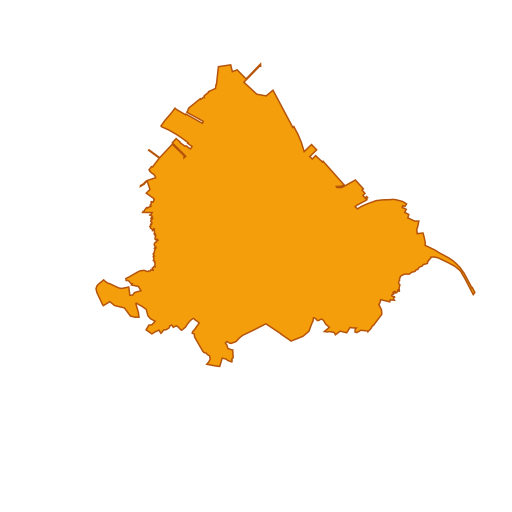 Sigulda, Siguldas, Latvia, rotated 230°
{"feature_id": "27541924B33898392287232", "entity_name": "Sigulda", "entity_type": "district", "adm_level": 2, "iso_a3": "LVA", "parent_name": "Latvia", "parent_adm1": "Siguldas", "projection": "mercator", "projection_center": [24.841, 57.161], "detail": "fine", "context": "isolated", "style": "filled", "palette": "amber", "viewbox_px": 512, "rotation_deg": 230, "n_neighbors": 0, "source": "geoboundaries", "source_scale": "gbopen_adm2", "svg_char_len": 6154}
<svg xmlns="http://www.w3.org/2000/svg" viewBox="0 0 512 512"><g transform="rotate(230 256 256)"><path d="M87.4,400.2L92.7,401.4L92.7,400.9L108.8,404.3L116.0,404.9L121.2,404.5L125.8,403.8L130.5,402.5L140.5,398.5L145.5,396.9L155.5,392.4L157.2,394.1L162.7,397.1L166.3,398.7L169.5,393.8L170.2,394.5L172.8,395.9L174.5,398.7L178.1,403.2L180.6,400.1L187.6,396.8L189.6,399.7L193.8,398.0L195.2,401.1L199.1,399.2L200.3,400.7L198.2,401.9L199.1,404.8L203.4,403.4L208.6,399.8L211.2,397.5L212.7,395.3L217.8,388.8L221.2,383.6L224.4,374.9L226.2,368.7L226.9,364.0L230.1,363.7L230.0,366.1L227.9,376.0L228.0,376.0L227.9,377.2L229.0,377.1L228.9,379.0L230.5,378.9L230.4,376.9L233.7,376.7L233.9,379.7L238.3,379.6L238.4,381.4L250.3,381.0L253.1,366.7L253.4,365.8L255.6,362.9L256.6,362.1L257.6,362.2L256.0,364.2L254.6,366.3L253.9,369.2L285.5,368.3L285.3,367.3L294.6,366.2L294.1,361.5L297.6,361.1L298.3,370.7L305.7,370.2L305.0,360.0L314.0,363.8L322.1,366.3L330.8,368.2L330.7,366.8L372.1,375.6L372.1,366.7L379.4,360.6L396.9,358.4L399.1,380.5L398.3,381.5L400.2,382.9L398.0,362.2L410.7,361.2L412.4,356.4L418.7,359.5L425.2,348.9L412.5,335.6L412.8,335.3L410.4,332.7L412.4,325.4L412.0,325.3L411.9,324.8L412.0,319.3L411.2,318.7L411.3,318.7L411.4,314.5L412.3,314.5L412.6,300.1L412.3,298.9L412.1,298.6L411.9,298.7L410.6,295.4L393.0,302.2L392.1,300.2L409.8,293.5L409.5,292.8L410.1,292.6L419.5,289.2L421.3,289.0L419.9,282.8L418.5,273.9L416.7,266.8L415.6,266.8L408.8,270.1L400.6,273.1L394.2,275.0L387.7,276.5L386.3,276.7L386.2,276.1L381.0,277.4L380.1,274.5L385.2,273.3L385.7,272.2L391.7,270.7L392.1,271.1L397.3,270.3L396.5,264.6L379.6,266.2L377.5,266.2L377.5,263.9L378.8,265.2L379.9,265.3L395.4,263.7L393.2,245.4L406.1,242.3L406.0,241.7L393.2,244.8L390.7,234.0L391.6,233.4L390.8,229.4L389.5,229.6L389.1,229.1L388.8,229.1L385.5,229.7L385.0,230.1L383.5,230.2L381.6,229.9L380.5,229.4L383.8,221.1L384.0,219.2L383.6,216.2L384.2,212.8L383.6,212.1L382.9,216.4L383.3,218.6L383.3,220.8L375.1,217.5L374.7,212.3L365.5,214.7L365.0,214.1L364.7,214.2L363.4,212.1L364.3,211.3L364.2,211.0L364.8,210.9L364.9,210.4L363.3,209.3L363.1,207.8L361.5,207.6L361.7,206.9L362.3,206.2L362.2,205.1L362.5,203.8L363.0,203.9L363.5,203.3L363.1,202.1L363.0,200.9L362.5,199.9L362.4,198.6L362.7,198.2L362.4,197.9L362.2,197.2L356.0,204.4L355.4,202.7L355.7,201.6L355.6,201.0L354.6,201.8L353.0,202.0L352.7,201.5L352.9,200.9L352.5,200.4L352.5,199.8L352.2,199.5L351.3,200.9L350.8,199.8L350.8,198.7L350.1,197.5L348.8,197.9L347.6,196.8L347.5,196.2L348.1,195.8L347.6,195.1L347.1,195.3L346.7,194.8L346.7,193.6L346.1,193.7L345.2,193.1L342.8,193.7L342.0,193.1L341.8,194.4L342.5,194.5L342.6,195.3L342.0,195.6L341.6,195.0L339.1,193.2L338.4,192.2L338.2,192.1L337.6,193.0L336.7,191.9L335.9,192.3L335.0,190.5L333.8,189.5L333.1,189.5L332.6,191.0L331.9,191.3L330.9,190.9L331.4,189.9L331.3,189.1L330.7,188.7L331.1,187.5L331.0,186.4L330.2,185.4L329.2,184.9L327.3,185.1L326.5,184.6L326.6,184.2L327.2,184.1L327.4,183.5L327.1,183.0L326.3,183.6L325.0,181.1L323.7,180.1L323.9,179.0L323.4,178.4L321.3,178.1L321.8,177.2L321.5,176.8L319.6,176.2L318.5,174.4L316.9,175.2L316.5,174.8L316.4,174.2L315.2,174.0L313.8,172.4L312.5,171.8L313.6,170.8L313.2,170.0L313.4,168.6L311.7,168.4L311.2,168.1L312.1,167.1L313.0,166.7L312.5,165.5L313.5,164.2L313.3,163.6L314.5,162.4L316.9,161.1L318.9,158.1L319.7,155.7L321.6,145.0L322.4,141.9L321.2,141.0L320.6,140.8L319.7,142.0L318.8,142.5L315.2,142.5L314.3,143.4L313.8,142.0L308.3,146.3L303.3,145.6L306.1,139.5L305.3,136.5L307.0,134.1L314.0,138.6L317.5,132.2L319.8,130.3L329.2,126.0L330.1,125.1L334.7,123.9L335.6,124.0L335.7,116.8L335.3,114.9L333.8,112.4L330.2,110.6L317.8,107.3L316.1,107.1L315.0,114.7L309.0,115.8L300.8,121.8L290.7,121.2L287.2,123.7L284.3,127.0L288.5,129.7L296.7,133.3L296.8,134.0L290.7,136.3L285.7,137.6L279.7,134.8L275.9,134.8L270.9,136.8L270.2,132.0L271.9,129.5L270.1,124.3L263.2,126.2L262.9,129.3L261.6,134.0L257.9,133.5L258.1,135.5L258.5,136.6L258.6,138.1L257.3,139.7L256.8,143.3L257.9,145.3L257.1,147.1L254.5,146.8L253.8,150.1L252.0,150.7L247.7,151.0L246.9,151.4L246.8,156.0L248.0,160.0L248.7,163.5L248.7,166.9L248.3,168.1L246.2,168.3L243.3,169.2L241.2,169.4L239.1,161.4L238.8,158.7L237.8,157.5L235.9,158.6L234.1,157.3L232.6,156.7L217.2,154.0L215.5,154.1L213.4,155.5L211.6,155.4L209.5,156.3L206.6,154.8L205.3,152.0L204.7,148.7L197.7,154.4L194.7,157.2L199.5,164.4L196.3,166.8L194.1,167.2L190.4,169.4L191.1,170.3L192.6,171.1L192.5,172.1L193.0,173.3L199.0,177.8L200.2,176.7L201.7,176.0L203.1,175.0L206.4,176.4L209.1,176.7L209.3,178.6L205.6,180.1L204.9,181.1L203.3,185.5L203.9,191.1L203.8,194.9L200.8,206.5L197.7,220.0L180.3,225.1L180.2,224.9L168.3,228.2L164.3,240.3L164.3,248.1L168.0,254.6L169.8,258.3L171.7,260.1L171.1,261.0L169.3,261.4L167.1,261.5L166.3,262.7L165.9,265.1L164.6,266.1L163.0,266.3L159.2,265.6L154.2,266.3L154.2,259.8L151.8,262.0L151.0,263.6L147.3,266.7L144.6,266.2L144.3,272.2L138.9,276.1L140.8,282.1L139.2,283.4L136.4,286.5L136.2,285.2L135.7,284.4L134.1,283.0L132.5,284.1L131.7,288.6L126.6,293.5L126.1,293.2L126.3,294.1L126.2,294.8L126.6,297.6L127.1,298.9L127.5,299.6L127.4,300.9L127.5,302.0L130.5,314.9L134.0,317.5L139.8,318.9L139.7,319.1L140.0,319.4L140.0,320.0L140.7,320.9L141.1,321.9L142.5,323.4L134.9,329.0L136.1,330.6L133.2,333.6L134.5,333.7L135.5,334.5L135.6,335.0L135.3,335.6L135.8,335.9L137.8,334.4L138.7,334.7L138.9,335.7L138.4,336.9L139.9,337.4L140.1,337.8L139.8,338.2L139.8,339.5L139.4,339.8L139.0,339.6L139.0,339.3L139.4,338.7L139.1,338.5L138.2,338.7L137.5,340.2L137.8,341.0L137.7,341.4L138.1,342.0L137.8,342.4L138.0,342.6L138.5,342.3L138.8,342.7L138.7,343.2L137.1,343.0L136.9,343.2L137.8,344.0L139.2,344.8L141.6,347.8L143.0,347.6L143.9,348.1L144.7,349.1L144.9,350.1L146.5,351.5L146.7,352.3L147.3,353.0L147.5,353.8L147.4,355.5L146.5,358.3L143.6,361.8L143.5,363.2L143.6,364.4L142.3,367.2L142.0,368.4L142.5,369.8L142.3,370.4L141.6,371.3L142.3,372.4L142.4,374.1L141.5,377.0L141.9,378.7L140.1,382.5L141.1,383.5L141.2,384.4L141.7,384.9L141.8,385.6L141.6,386.4L142.0,387.0L142.0,388.5L142.7,389.4L140.1,392.4L137.6,394.3L126.7,399.2L120.0,401.8L114.0,402.9L110.9,402.8L110.9,402.6L103.9,401.4L86.8,397.6L87.4,400.2Z" fill="#f59e0b" stroke="#b45309" stroke-width="1.5"/></g></svg>